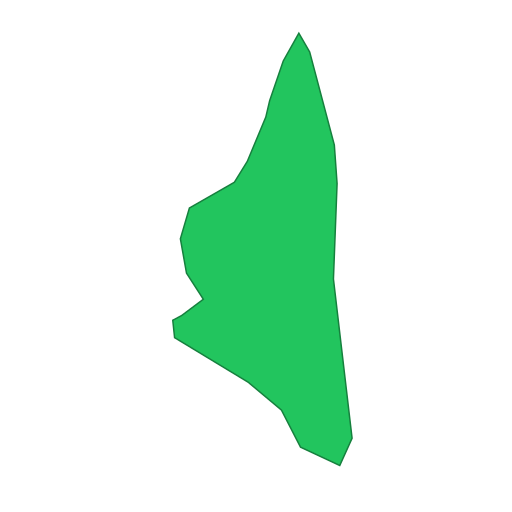 SVG path tracing the border of Eua, rotated 354°
{"feature_id": "TON-4949", "entity_name": "Eua", "entity_type": "state/province", "adm_level": 1, "iso_a3": "TON", "parent_name": "Tonga", "parent_adm1": "", "projection": "albers", "projection_center": [-174.943, -21.369], "detail": "fine", "context": "isolated", "style": "filled", "palette": "green", "viewbox_px": 512, "rotation_deg": 354, "n_neighbors": 0, "source": "natural_earth", "source_scale": "10m", "svg_char_len": 443}
<svg xmlns="http://www.w3.org/2000/svg" viewBox="0 0 512 512"><g transform="rotate(354 256 256)"><path d="M330.7,58.7L345.5,153.8L344.2,192.5L330.6,287.0L332.5,447.3L317.4,473.1L280.3,450.8L265.2,411.9L235.0,380.7L166.5,328.7L166.5,311.2L175.9,307.4L199.1,293.5L185.1,265.8L182.6,231.0L194.8,201.3L242.2,180.4L257.3,160.9L280.3,118.8L285.8,103.0L303.5,64.9L321.9,38.9L330.7,58.7Z" fill="#22c55e" stroke="#15803d" stroke-width="1.5"/></g></svg>